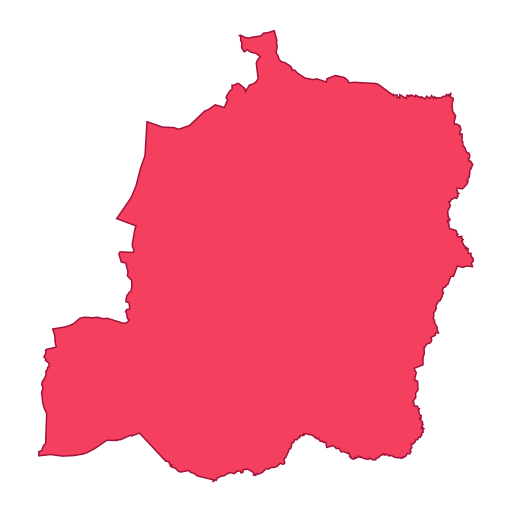 Phon, Khon Kaen, Thailand (Robinson projection)
{"feature_id": "78962969B25961051879193", "entity_name": "Phon", "entity_type": "district", "adm_level": 2, "iso_a3": "THA", "parent_name": "Thailand", "parent_adm1": "Khon Kaen", "projection": "robinson", "projection_center": [102.624, 15.82], "detail": "fine", "context": "isolated", "style": "filled", "palette": "rose", "viewbox_px": 512, "rotation_deg": 0, "n_neighbors": 0, "source": "geoboundaries", "source_scale": "gbopen_adm2", "svg_char_len": 5988}
<svg xmlns="http://www.w3.org/2000/svg" viewBox="0 0 512 512"><path d="M284.2,463.9L284.8,462.9L283.9,459.2L285.7,457.4L288.6,451.1L288.7,449.3L290.7,448.6L291.7,444.8L291.4,443.4L293.6,442.4L294.8,439.6L297.2,439.7L298.1,437.9L299.7,437.7L299.5,436.1L303.3,435.4L303.0,434.5L303.5,433.9L304.1,435.0L304.6,434.0L306.1,433.7L309.8,434.8L310.7,434.4L314.7,436.8L314.8,437.7L316.8,437.9L317.0,438.9L318.9,438.7L319.7,440.9L321.9,441.6L322.5,441.1L323.8,442.6L324.9,442.1L326.0,442.7L326.6,447.4L333.5,445.6L336.3,448.6L339.1,448.5L341.1,451.9L343.9,451.6L347.9,453.6L348.8,452.9L349.8,455.4L349.5,456.2L350.8,456.7L350.4,457.8L353.2,459.2L354.3,458.9L354.4,457.9L355.9,458.2L355.5,457.4L358.0,457.2L358.6,456.1L359.3,457.0L360.4,457.3L361.2,456.6L361.4,457.5L366.1,459.1L368.9,459.2L369.5,457.9L372.9,459.9L375.7,459.8L376.3,458.1L377.9,457.9L381.6,454.8L383.2,454.7L383.6,454.0L384.2,454.7L385.0,454.3L385.2,455.1L386.3,454.4L387.6,454.8L388.5,455.9L391.3,455.5L394.8,457.3L398.4,457.9L399.4,457.5L400.9,458.3L403.4,457.7L403.1,456.8L405.4,456.6L407.5,453.4L409.7,453.9L409.8,453.0L411.0,452.0L410.2,449.3L411.8,447.7L411.2,444.0L413.0,444.0L414.9,442.2L415.7,439.8L417.6,439.7L418.7,437.3L420.2,437.4L420.7,436.1L421.6,435.6L421.7,433.1L423.3,432.1L422.7,430.3L423.8,428.8L421.5,428.6L421.6,427.7L422.7,427.4L421.8,426.2L423.0,424.7L422.3,423.6L422.7,422.4L419.5,418.8L419.9,418.1L420.9,418.5L421.3,415.7L420.4,415.4L418.9,413.2L419.0,411.8L418.3,410.7L419.4,408.8L418.2,408.4L417.5,406.3L414.1,405.7L413.9,402.9L413.2,402.4L413.3,401.1L415.8,397.3L415.6,393.1L418.0,389.9L417.6,381.2L414.5,379.9L416.3,372.6L414.4,369.5L414.4,368.2L423.0,364.8L423.0,357.4L424.3,353.7L424.1,347.3L425.3,346.8L426.3,344.3L430.4,342.8L431.7,340.4L431.0,337.4L435.1,335.4L435.6,333.0L438.5,333.0L437.0,329.3L437.1,327.1L434.9,323.6L434.3,319.9L433.2,318.5L433.9,314.8L433.5,313.4L435.9,309.4L436.4,307.7L435.7,306.8L436.6,304.5L438.4,301.5L440.1,300.5L442.1,296.8L442.5,294.3L443.5,293.0L442.4,290.7L443.4,287.4L445.5,287.0L446.4,285.0L447.8,284.6L450.7,276.5L453.6,276.2L457.3,266.0L463.0,267.4L466.3,266.0L472.5,266.6L471.3,263.1L473.2,261.3L473.0,258.1L471.7,257.1L470.8,255.1L471.1,253.5L468.1,253.0L467.9,250.0L468.5,249.1L466.6,247.7L466.0,249.1L465.1,248.2L465.1,246.2L463.9,245.5L461.8,240.8L463.2,239.7L461.7,238.2L461.7,236.2L459.3,236.9L457.6,236.6L457.0,235.2L458.0,234.4L456.6,233.3L456.8,232.1L455.9,230.4L449.5,228.6L448.5,222.6L447.4,221.8L448.0,220.2L449.3,220.9L450.0,219.8L447.9,215.9L448.1,213.9L447.6,212.9L447.9,210.7L450.4,205.6L448.7,201.8L450.3,201.7L450.8,200.0L454.7,197.8L456.8,198.4L456.9,197.2L458.0,196.0L457.6,193.8L458.8,193.4L457.6,192.6L457.4,190.7L456.4,189.8L457.1,188.2L462.6,188.8L467.2,183.8L468.0,181.1L467.0,180.6L469.4,176.7L469.0,175.9L469.7,174.5L469.8,170.0L470.9,169.1L472.7,164.4L470.3,160.9L468.8,161.1L468.3,159.1L469.1,158.9L469.8,155.6L469.2,153.7L468.5,152.8L467.5,153.2L465.6,150.3L465.0,147.8L463.0,145.4L462.7,141.5L461.6,140.1L462.3,137.8L462.0,133.8L459.7,134.6L460.0,131.6L461.0,129.8L460.1,126.1L457.2,124.2L454.5,124.0L454.2,121.7L455.7,116.0L452.6,111.3L452.1,104.3L453.2,99.4L453.1,98.2L450.1,96.6L451.2,92.8L449.4,95.1L448.6,94.6L448.2,95.6L446.4,94.4L445.8,96.5L444.0,96.1L440.6,97.9L436.2,97.7L435.9,98.4L434.6,96.7L433.4,98.2L431.6,95.5L429.7,98.4L426.6,96.2L425.2,98.9L421.1,96.7L420.5,97.7L415.7,95.2L415.4,96.8L411.2,95.0L410.5,96.1L409.7,95.4L409.0,96.4L407.8,95.2L406.9,95.4L406.2,98.5L399.8,94.7L399.6,98.0L397.9,97.0L397.4,97.5L397.0,94.9L393.8,95.5L393.3,94.4L392.8,95.0L378.0,84.2L375.3,83.5L354.6,82.3L349.0,82.8L347.7,80.3L344.3,77.5L335.4,75.5L326.9,78.8L326.5,82.0L316.4,78.7L315.9,79.3L312.6,79.5L305.2,78.1L297.7,73.3L294.6,70.0L292.1,70.2L291.7,67.7L290.0,65.9L284.7,62.5L281.5,61.9L279.0,59.1L278.1,56.0L276.2,52.9L277.2,46.0L276.5,44.1L276.8,40.2L274.3,30.7L267.2,32.9L263.8,33.0L260.6,36.0L250.9,37.4L250.1,38.1L245.3,37.5L240.7,35.2L239.5,35.6L240.7,36.7L240.7,40.8L241.8,42.1L241.6,47.6L243.8,51.3L244.3,51.9L247.3,49.7L250.8,52.2L256.1,53.4L260.2,56.7L257.4,60.2L256.3,63.3L258.1,78.6L256.5,81.4L253.8,83.6L249.4,85.1L245.5,91.7L244.8,88.5L238.7,83.5L236.7,83.6L234.9,85.0L232.0,85.2L232.1,89.1L229.8,91.0L226.7,95.8L226.1,97.9L227.7,99.5L224.4,107.5L215.2,104.8L208.2,109.7L204.8,111.0L189.6,125.5L178.6,129.3L174.0,127.6L162.5,127.1L147.0,121.7L145.0,155.7L140.3,169.1L136.0,186.0L131.1,197.7L116.7,218.6L136.0,225.9L134.7,229.9L132.3,244.0L132.4,246.4L134.1,250.5L133.3,252.4L120.0,251.9L118.9,253.9L121.3,262.1L125.7,263.0L128.0,272.0L127.4,275.8L131.7,280.4L131.9,286.5L130.9,291.2L129.5,292.0L126.8,295.8L125.9,300.8L126.0,301.8L129.0,302.6L129.8,309.0L126.6,309.6L126.0,311.6L124.9,311.4L125.9,311.9L126.7,314.1L127.5,318.6L129.2,320.0L127.0,322.5L123.9,323.4L107.3,318.3L103.2,318.7L97.0,317.2L92.5,317.8L84.4,317.2L79.8,318.3L74.0,323.4L70.0,325.3L65.3,326.9L52.7,329.0L54.9,335.9L55.0,341.7L56.3,347.1L46.6,349.3L45.5,350.2L46.0,351.1L45.4,354.4L43.8,356.9L45.9,359.1L45.4,360.4L49.1,363.3L48.9,366.3L47.7,367.3L47.7,368.7L45.9,371.3L46.0,374.9L44.2,379.0L42.7,380.8L41.7,384.4L43.0,388.3L41.6,392.4L42.8,403.1L44.4,408.7L46.7,413.6L45.6,443.7L43.8,445.1L41.7,450.6L38.9,451.6L38.8,454.0L38.9,455.8L50.7,454.5L62.6,456.1L74.4,455.5L83.0,454.0L86.8,452.8L95.2,448.3L106.8,440.3L117.4,440.4L117.4,439.7L120.5,439.7L130.8,435.1L131.4,436.0L139.5,433.1L165.8,461.2L169.0,461.7L169.4,463.8L170.5,464.3L170.4,464.9L171.6,465.0L170.3,466.0L172.3,467.4L175.0,467.9L178.6,471.5L181.0,472.0L188.6,470.5L190.5,472.3L193.7,473.2L197.3,475.9L212.5,479.6L213.3,480.2L213.0,481.3L214.2,481.0L214.5,479.7L216.3,480.4L217.2,478.2L220.7,476.3L224.3,475.7L227.5,473.5L228.7,473.6L229.1,472.4L234.5,473.6L237.1,471.3L239.9,470.9L240.6,471.2L241.0,472.9L242.9,472.3L243.4,469.6L248.0,469.2L253.1,472.3L253.9,473.9L253.3,474.9L255.7,475.4L256.2,473.6L258.0,474.3L262.5,472.3L265.9,468.8L268.6,469.1L270.4,467.7L274.8,467.3L277.4,466.2L280.2,463.2L282.6,464.2L284.2,463.9Z" fill="#f43f5e" stroke="#9f1239" stroke-width="1.5"/></svg>